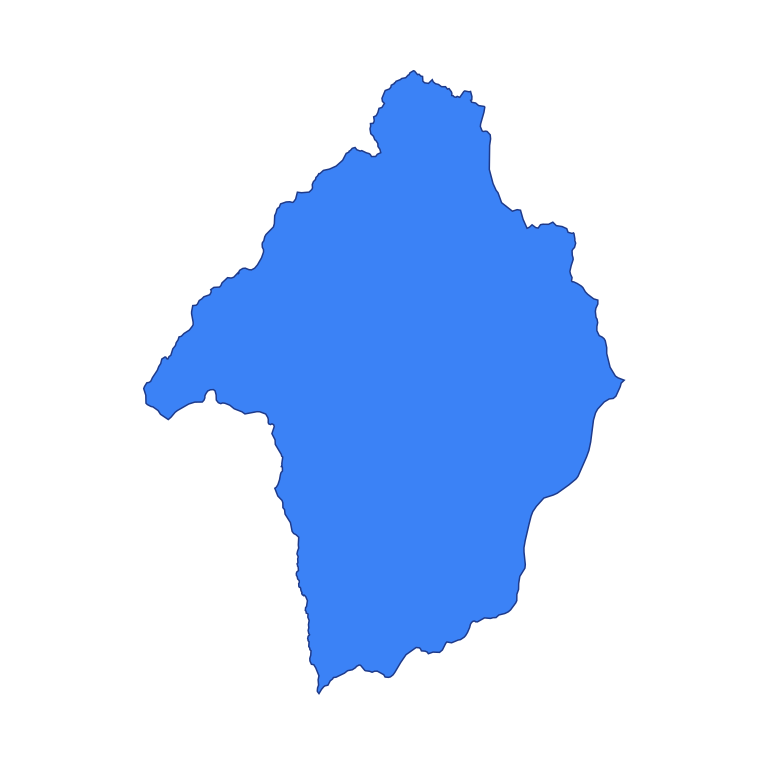 outline of Suaza, Huila, Colombia, rotated 6°
{"feature_id": "7082276B29582947964512", "entity_name": "Suaza", "entity_type": "district", "adm_level": 2, "iso_a3": "COL", "parent_name": "Colombia", "parent_adm1": "Huila", "projection": "equal_earth", "projection_center": [-75.841, 1.869], "detail": "fine", "context": "isolated", "style": "filled", "palette": "blue", "viewbox_px": 768, "rotation_deg": 6, "n_neighbors": 0, "source": "geoboundaries", "source_scale": "gbopen_adm2", "svg_char_len": 6117}
<svg xmlns="http://www.w3.org/2000/svg" viewBox="0 0 768 768"><g transform="rotate(6 384 384)"><path d="M622.5,355.1L616.1,353.4L613.3,351.9L607.1,343.7L602.3,330.4L601.7,324.6L599.5,317.8L598.1,315.9L596.0,314.5L593.0,313.4L590.1,308.7L589.7,304.5L590.1,300.7L589.1,297.2L587.9,295.6L586.6,289.7L586.8,286.5L588.3,282.1L587.9,278.2L583.6,277.4L577.2,273.5L574.6,271.3L571.7,267.3L570.0,266.0L565.8,263.9L562.0,262.6L560.5,262.6L559.7,261.8L559.9,258.5L558.1,255.5L557.1,252.6L557.8,246.6L559.1,240.5L558.8,238.7L557.8,236.3L557.1,231.8L557.7,230.3L559.2,228.3L559.9,223.9L558.7,221.2L558.7,219.9L557.2,214.5L556.6,213.9L555.3,214.6L551.2,213.9L549.5,210.4L544.7,208.8L538.8,208.5L535.0,205.4L530.9,208.0L525.3,208.5L523.0,209.2L521.0,212.8L518.6,212.6L514.6,210.2L512.2,212.9L510.0,214.2L505.1,205.7L501.6,196.9L498.2,196.7L493.6,198.7L482.0,191.4L477.4,181.9L475.2,179.6L471.5,173.3L466.3,159.6L464.1,135.6L464.4,129.1L463.6,125.1L460.2,122.1L458.8,121.9L456.2,122.5L455.1,122.0L452.9,117.9L452.9,115.3L455.0,103.2L455.3,98.1L454.6,97.5L449.0,97.2L445.8,95.0L441.7,94.6L440.5,92.8L441.6,92.3L441.4,88.9L439.5,84.0L438.1,84.5L433.7,84.1L432.8,84.8L429.4,91.0L426.7,90.3L425.7,91.3L423.8,91.1L422.5,90.0L421.2,90.0L421.1,87.8L420.5,86.4L417.8,83.4L416.3,84.1L414.1,81.9L410.1,82.3L406.9,80.4L403.8,80.0L401.4,78.4L400.2,76.3L396.8,80.4L392.9,80.2L391.0,78.8L390.2,74.1L388.4,73.9L386.5,72.3L385.0,72.8L381.4,69.3L381.6,69.6L380.5,69.4L377.3,71.8L376.6,73.8L375.7,74.3L373.6,77.1L369.7,78.3L368.4,79.6L364.3,81.7L363.7,83.0L362.9,83.5L362.9,84.1L360.0,86.1L359.8,88.1L358.5,90.0L354.5,92.0L352.1,100.1L352.9,103.1L355.1,104.9L353.0,109.2L350.2,110.4L349.5,114.7L348.6,117.0L348.0,118.1L345.8,119.4L346.7,122.8L346.7,124.0L345.9,125.9L343.3,126.4L343.8,128.9L343.4,131.7L344.7,136.5L347.6,138.7L349.3,142.1L350.4,142.6L352.7,145.4L353.2,148.5L355.4,151.0L356.6,154.3L353.4,156.2L351.9,158.6L347.8,159.1L346.3,157.1L345.1,156.4L342.2,155.9L337.5,154.2L336.0,154.8L332.5,153.9L330.5,151.8L327.8,152.9L326.2,155.2L324.9,156.2L324.8,157.1L322.3,158.6L319.5,165.8L313.6,172.3L307.2,176.0L301.4,177.9L298.2,181.5L297.2,181.6L296.1,184.1L294.7,185.7L294.5,187.8L292.7,190.0L291.8,193.1L292.4,196.5L291.9,198.1L289.4,201.0L281.9,202.4L277.8,202.3L276.8,209.3L274.9,212.5L273.8,213.0L271.3,212.6L267.6,213.2L262.3,215.7L261.3,219.3L259.9,220.3L259.2,221.6L258.7,225.0L257.7,228.0L258.2,236.0L257.6,239.4L251.0,247.7L250.0,250.1L249.5,254.1L248.3,256.2L248.2,257.7L248.7,260.7L250.1,262.9L250.4,265.4L249.0,271.3L245.7,278.8L243.2,282.4L240.2,284.4L237.7,284.4L233.9,283.3L231.5,283.8L228.6,286.0L227.9,287.6L228.0,289.0L227.5,289.5L227.0,288.8L223.4,293.5L221.0,294.6L217.3,294.6L212.3,300.4L211.5,303.2L210.3,304.8L204.7,305.7L201.8,308.3L202.3,309.1L202.5,310.7L201.4,313.4L195.7,316.1L193.8,318.5L191.5,320.3L190.1,324.1L188.9,325.3L185.6,326.0L185.1,332.3L185.3,334.3L187.7,342.4L188.0,345.0L187.2,346.8L184.8,350.7L179.8,354.7L177.5,357.7L175.2,358.6L174.6,361.6L173.0,364.7L172.6,367.5L170.3,371.1L169.0,377.7L167.3,379.3L166.4,381.7L165.4,381.6L164.2,380.1L163.4,380.0L160.4,382.4L159.8,387.0L158.2,390.1L157.1,394.1L153.1,401.8L151.8,405.5L150.4,406.9L148.0,407.6L146.1,411.5L145.5,413.7L148.3,420.1L149.3,428.0L150.8,429.2L154.6,430.7L156.6,430.9L162.1,434.0L164.9,437.5L173.2,441.9L175.7,439.2L179.2,434.0L181.4,431.9L191.9,424.3L197.7,421.8L205.2,420.9L206.7,418.8L207.3,416.5L207.1,414.5L207.9,412.2L209.4,409.4L211.9,407.9L215.0,407.4L216.7,408.5L218.2,412.4L218.9,417.5L221.2,419.9L223.7,420.6L225.5,419.7L227.9,419.8L232.9,421.2L237.6,424.3L245.7,426.5L248.8,428.3L260.5,424.8L263.4,424.6L269.5,426.2L271.9,429.4L272.6,431.2L272.9,434.5L273.5,435.7L275.4,436.2L276.7,435.3L278.5,436.0L279.3,437.8L277.7,445.1L281.5,450.9L282.2,455.4L289.1,464.6L289.8,466.5L290.8,467.1L290.9,467.9L290.7,473.8L291.0,475.3L290.5,476.9L291.5,477.1L291.7,477.7L292.1,481.2L290.9,482.8L290.5,484.6L290.1,490.2L289.0,495.2L287.6,498.0L286.3,499.1L290.1,506.5L294.8,510.5L295.8,512.7L296.4,517.6L298.2,519.3L299.2,523.7L305.4,531.6L308.0,540.1L309.8,542.1L312.3,543.1L315.2,545.3L315.6,553.0L316.3,556.1L315.5,559.2L315.2,562.1L316.8,564.9L316.4,566.9L317.1,570.9L316.4,571.6L316.4,572.2L317.0,573.2L317.0,574.0L317.8,575.0L318.4,578.5L316.9,580.1L316.6,581.6L316.9,583.5L317.8,584.6L318.5,586.9L320.3,588.5L320.5,590.5L320.0,591.4L320.5,594.3L321.1,595.0L321.9,595.0L322.4,595.8L323.0,598.1L324.2,600.1L324.1,601.1L325.0,602.3L325.6,602.2L326.2,602.9L326.9,602.4L328.4,603.7L330.5,607.5L330.2,613.4L329.4,614.5L329.4,617.5L330.2,618.1L330.6,620.0L332.1,620.4L332.5,620.9L332.6,623.8L334.3,627.1L334.0,631.2L334.7,634.3L334.3,637.0L335.2,639.9L336.2,641.2L334.9,642.8L334.7,645.4L335.3,646.2L335.3,647.2L336.4,648.2L336.6,652.9L337.8,654.5L338.1,656.0L339.3,656.9L339.5,661.4L338.9,664.6L339.3,667.2L341.1,670.3L343.5,670.5L345.8,673.5L349.8,681.0L349.4,685.1L350.4,690.3L349.7,693.1L349.7,695.7L349.9,696.8L351.7,698.7L353.8,694.2L355.7,691.4L356.8,690.4L359.7,689.4L361.5,684.9L363.7,682.7L364.4,681.2L367.0,680.6L374.9,675.7L377.8,672.9L382.4,671.5L385.3,669.1L386.2,667.7L388.6,666.1L390.1,666.2L394.8,670.8L395.6,671.1L399.7,671.2L402.3,671.9L404.7,670.6L407.4,670.3L414.1,673.1L415.7,675.3L419.1,675.3L421.0,674.6L423.4,672.3L425.0,669.5L429.7,659.2L434.2,650.9L443.5,642.7L447.0,642.7L448.2,643.9L449.1,645.5L453.0,645.4L455.0,646.1L456.3,647.6L460.8,645.5L467.3,645.1L469.9,642.4L472.5,635.4L473.5,634.0L478.3,634.3L484.5,630.9L486.8,630.2L490.2,627.4L491.5,625.6L493.0,622.4L494.6,617.3L495.1,613.9L496.0,612.0L497.4,610.6L499.1,610.3L499.8,610.9L501.8,610.8L508.4,606.1L514.4,606.0L516.9,605.0L519.8,604.6L522.4,601.7L528.2,599.6L531.4,597.6L533.5,595.4L537.9,587.9L538.7,585.5L538.1,579.3L539.3,574.2L538.8,568.3L539.2,561.1L543.4,552.4L543.4,548.8L540.8,536.5L540.3,532.3L540.8,525.0L542.9,508.2L544.1,500.0L545.3,495.4L548.4,489.6L554.9,480.7L564.0,476.7L567.7,474.5L578.6,464.8L585.0,458.2L586.6,455.5L593.0,435.5L594.7,428.7L595.6,420.0L596.1,398.0L597.4,390.6L599.1,386.6L604.9,378.8L609.6,375.3L613.5,374.4L615.9,371.9L619.2,362.0L619.8,358.3L622.5,355.1Z" fill="#3b82f6" stroke="#1e3a8a" stroke-width="1.5"/></g></svg>